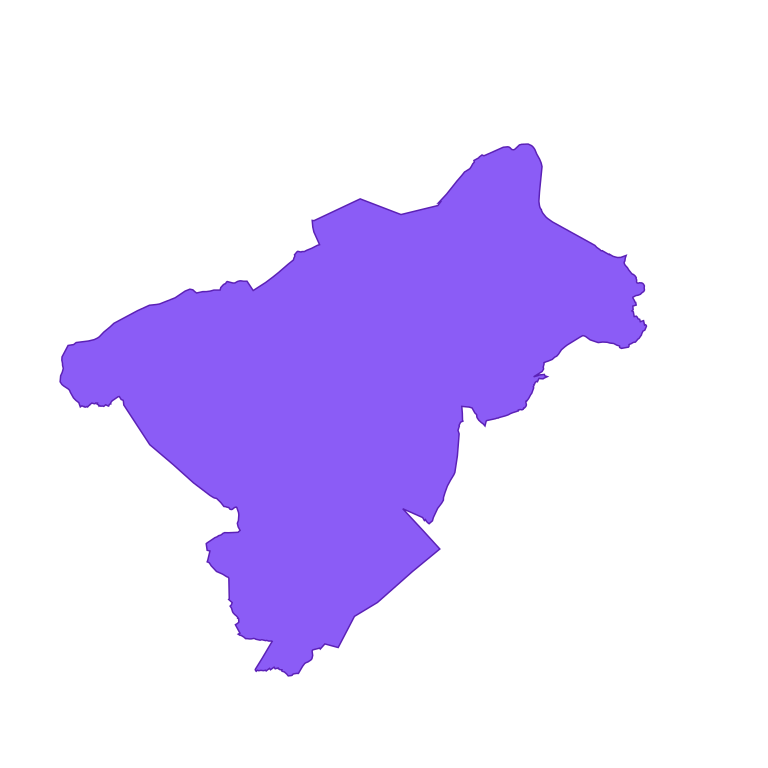 the district of Ecuandureo, Michoacán, Mexico, rotated 148°
{"feature_id": "50627088B9603081712200", "entity_name": "Ecuandureo", "entity_type": "district", "adm_level": 2, "iso_a3": "MEX", "parent_name": "Mexico", "parent_adm1": "Michoacán", "projection": "albers", "projection_center": [-102.25, 20.161], "detail": "fine", "context": "isolated", "style": "filled", "palette": "violet", "viewbox_px": 768, "rotation_deg": 148, "n_neighbors": 0, "source": "geoboundaries", "source_scale": "gbopen_adm2", "svg_char_len": 6171}
<svg xmlns="http://www.w3.org/2000/svg" viewBox="0 0 768 768"><g transform="rotate(148 384 384)"><path d="M631.5,584.1L642.7,577.6L644.6,574.9L645.6,572.1L646.7,570.2L647.7,567.2L650.6,564.5L653.9,562.3L657.5,557.5L657.4,554.2L656.7,552.1L654.4,547.1L654.0,545.3L654.4,543.2L654.7,536.8L654.0,533.5L652.7,529.9L653.7,525.5L652.1,525.6L651.3,525.0L650.3,523.4L650.0,523.5L649.9,523.1L649.1,522.4L648.1,522.4L647.4,522.0L647.4,521.6L645.6,522.1L644.6,522.1L644.4,522.4L641.8,522.6L640.2,520.8L639.4,520.4L638.8,520.7L637.1,519.6L638.0,518.8L637.2,517.6L637.4,516.2L636.5,516.2L636.1,515.4L634.3,514.4L633.5,513.5L631.0,513.9L629.7,511.7L629.2,511.2L627.9,512.1L627.1,512.2L626.2,511.9L626.1,512.3L625.4,513.1L623.4,513.8L616.2,514.1L615.1,513.6L615.1,510.1L613.9,508.5L614.1,507.6L615.8,504.1L614.8,456.6L605.6,427.7L597.9,401.0L590.6,381.7L588.8,378.1L588.2,377.2L586.6,375.7L585.2,370.0L584.7,365.0L583.3,363.9L582.4,362.7L581.1,361.5L581.0,359.5L580.1,358.5L579.1,358.1L576.6,358.4L575.5,358.3L574.5,357.8L574.3,357.2L575.5,352.0L576.5,349.9L579.9,345.3L582.2,343.6L583.4,340.1L583.6,336.1L586.4,335.6L594.9,340.4L597.9,342.4L599.8,342.7L600.4,342.5L602.6,342.4L604.5,343.0L606.8,342.9L608.7,343.3L618.2,343.0L619.4,342.8L622.1,336.7L620.1,334.6L626.8,328.0L628.2,326.9L626.9,325.0L626.9,321.4L625.4,313.8L621.7,308.4L619.5,303.9L618.6,302.8L618.5,301.5L628.9,284.1L629.4,283.7L629.9,283.6L628.6,279.1L630.4,277.6L632.2,277.2L632.1,274.8L633.0,271.6L633.2,270.2L632.8,267.7L632.1,265.7L631.7,263.3L632.2,262.9L631.8,262.5L631.7,262.0L633.3,259.0L635.2,258.6L637.6,258.6L638.2,249.0L640.2,249.1L639.3,247.2L638.4,246.5L637.0,243.7L636.3,241.4L634.9,240.5L632.9,238.9L631.5,238.1L629.2,237.2L628.2,236.1L628.0,235.5L624.8,232.4L623.1,231.9L620.4,229.1L619.3,228.7L618.1,227.2L615.5,225.5L615.2,225.0L633.0,215.8L644.4,210.2L644.7,209.6L644.7,208.5L644.6,208.1L643.2,208.4L642.1,207.2L640.1,206.4L638.2,204.8L636.1,204.0L636.0,203.1L631.8,203.5L631.7,201.8L627.3,202.1L627.2,200.1L625.8,199.8L624.8,199.1L624.3,199.3L624.1,198.6L624.3,198.2L623.6,196.8L622.0,195.8L622.6,195.2L622.7,194.5L621.1,192.6L620.2,189.6L619.9,187.2L617.2,185.9L616.1,185.7L615.3,186.1L614.1,186.0L611.3,184.8L610.0,183.9L602.5,187.8L599.3,189.0L597.8,189.0L595.8,188.6L592.2,188.7L590.7,189.2L588.3,191.6L586.5,195.6L585.7,196.2L584.7,196.1L578.5,194.1L578.5,193.0L571.9,194.9L562.5,184.8L532.2,202.6L505.3,202.2L459.2,209.9L424.1,214.5L428.4,238.1L434.2,268.3L422.0,250.3L422.1,246.8L420.7,247.1L420.7,246.3L420.9,246.2L420.5,243.5L419.8,241.6L415.4,242.3L412.9,244.6L404.4,250.1L398.5,252.3L395.2,254.0L393.7,256.2L389.8,259.6L384.3,263.9L378.5,267.2L372.9,270.0L370.8,271.4L359.9,284.1L346.7,301.9L345.8,305.5L342.4,308.4L342.2,309.2L339.3,311.0L336.7,310.7L336.6,311.7L333.0,317.8L329.9,323.8L324.0,319.3L322.0,317.0L322.3,311.3L321.7,309.1L321.8,308.7L322.7,306.9L322.9,305.9L322.8,303.1L321.9,299.7L321.0,297.5L320.6,294.9L317.0,298.4L316.1,298.5L307.8,295.5L306.6,295.3L304.9,294.5L304.3,294.6L298.0,292.7L294.9,292.0L292.5,291.9L289.8,291.4L285.6,290.3L285.2,290.4L284.4,290.0L283.8,290.8L282.9,290.3L282.2,290.3L280.7,289.0L279.3,288.8L278.6,289.4L278.0,289.6L277.7,289.2L275.6,289.8L274.3,290.8L273.3,293.6L272.5,294.3L272.1,294.3L272.0,293.9L269.1,295.0L265.1,297.3L263.8,297.7L259.1,301.4L258.9,302.5L257.5,303.3L257.3,304.0L256.2,304.2L255.0,305.2L253.3,305.4L252.7,304.6L249.7,306.6L249.1,306.4L248.9,305.9L246.4,304.1L244.8,304.1L241.6,303.7L243.3,305.8L242.9,307.1L247.1,309.2L249.3,309.6L253.3,310.8L243.3,310.8L240.9,312.0L240.3,312.9L240.1,313.9L237.8,316.0L237.0,317.3L234.8,317.0L233.0,316.5L228.3,315.7L225.0,316.3L222.7,316.1L220.3,316.8L215.4,319.0L211.0,319.7L207.9,320.0L193.0,319.9L189.8,319.7L188.6,318.6L187.7,317.1L185.8,312.2L180.4,305.6L176.3,303.7L172.6,301.1L170.7,299.0L167.7,296.6L166.0,293.6L164.1,291.4L164.8,290.1L163.8,288.4L157.1,285.7L156.1,286.3L155.3,287.6L152.3,287.1L151.5,287.3L149.8,286.9L148.6,286.3L144.8,287.5L143.6,287.5L139.6,289.2L139.0,289.9L136.4,291.6L134.2,291.5L130.8,293.9L130.6,294.5L130.7,295.6L131.8,295.9L130.3,300.2L133.6,301.0L132.9,303.4L134.0,304.6L133.8,306.5L134.1,307.8L136.1,308.6L134.3,313.1L135.0,314.6L133.4,314.9L131.7,318.2L128.3,317.3L127.3,319.9L127.8,320.7L127.4,322.1L127.4,324.6L127.0,325.7L123.5,325.5L121.6,324.7L119.0,324.2L116.8,324.7L114.7,324.8L113.3,325.7L112.4,327.7L111.2,329.2L111.0,330.9L111.3,332.3L111.9,333.2L112.8,333.8L113.7,334.5L115.1,334.8L115.9,335.9L115.7,336.8L114.6,338.3L114.3,339.9L113.7,340.6L113.8,342.7L114.4,344.7L115.1,345.4L115.5,346.9L116.0,351.4L115.9,353.4L116.5,356.7L116.5,358.1L116.2,359.3L115.7,360.1L114.5,360.7L112.6,363.0L110.5,364.7L116.1,365.9L118.9,367.5L120.2,368.8L122.1,370.9L124.1,374.7L124.5,374.4L128.0,380.9L128.1,381.3L129.0,381.7L129.3,382.0L129.7,383.6L131.2,387.1L131.7,389.8L155.2,432.1L157.5,437.6L158.2,439.9L158.8,444.8L158.6,447.2L158.1,448.6L158.3,449.4L158.2,451.1L157.5,453.2L155.8,456.9L150.4,464.4L135.5,483.7L134.8,484.6L133.6,488.1L132.9,492.2L132.6,498.2L131.8,502.9L131.9,505.6L132.5,507.9L134.6,511.1L140.2,514.3L142.5,515.0L148.3,513.8L149.5,513.8L150.2,514.1L151.4,515.2L151.9,517.6L152.5,518.8L153.4,519.6L157.4,521.6L177.9,524.5L178.7,525.0L179.5,526.3L182.9,526.0L183.9,525.6L189.3,525.9L189.8,524.3L192.0,523.7L194.6,522.2L197.1,521.1L203.4,521.1L207.6,519.6L214.5,517.5L230.2,511.9L241.7,508.8L239.9,508.3L243.8,506.8L279.8,518.7L306.1,553.6L356.8,559.6L358.2,560.8L361.2,554.9L362.9,550.1L364.8,536.3L367.1,536.9L373.3,537.4L379.0,538.4L381.3,538.5L383.4,539.8L384.4,539.9L386.8,542.2L387.8,542.2L391.4,541.0L391.3,540.7L392.2,539.4L393.6,538.6L395.1,537.2L401.8,536.4L414.7,534.4L421.4,533.6L430.6,532.8L445.4,532.6L445.7,543.8L448.5,545.5L450.8,547.4L451.9,548.0L453.9,548.6L456.9,548.7L458.5,549.6L462.7,554.0L463.6,553.9L465.2,553.1L466.5,553.4L467.8,553.3L471.3,552.3L473.2,550.5L478.5,553.8L482.2,554.9L485.7,556.5L488.8,558.4L494.7,560.5L495.5,562.6L496.2,565.2L498.4,567.3L503.4,568.2L515.4,567.8L531.9,570.8L534.6,571.9L541.2,575.1L554.2,576.8L580.9,578.6L585.9,577.6L594.2,576.5L600.4,574.9L602.6,574.8L606.2,575.2L611.9,577.1L623.1,582.3L626.3,581.9L631.5,584.1Z" fill="#8b5cf6" stroke="#5b21b6" stroke-width="1.5"/></g></svg>